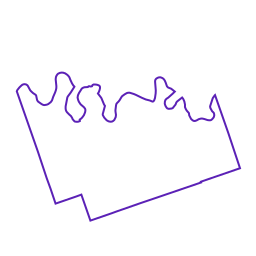 Bolivar, Mississippi, United States of America, rotated 71°
{"feature_id": "52423323B48999249202093", "entity_name": "Bolivar", "entity_type": "district", "adm_level": 2, "iso_a3": "USA", "parent_name": "United States of America", "parent_adm1": "Mississippi", "projection": "albers", "projection_center": [-91.039, 33.825], "detail": "fine", "context": "isolated", "style": "outline", "palette": "violet", "viewbox_px": 256, "rotation_deg": 71, "n_neighbors": 0, "source": "geoboundaries", "source_scale": "gbopen_adm2", "svg_char_len": 2847}
<svg xmlns="http://www.w3.org/2000/svg" viewBox="0 0 256 256"><g transform="rotate(71 128 128)"><path d="M203.3,76.6L202.5,76.6L202.5,35.2L166.0,34.8L125.2,35.0L125.4,35.4L127.1,37.8L127.7,38.4L134.2,43.3L135.0,43.5L136.1,43.6L139.5,43.0L141.5,42.0L142.9,42.0L144.3,42.4L145.3,43.1L145.9,43.6L147.1,45.6L147.5,46.8L147.5,47.5L147.1,48.8L146.4,50.2L144.5,52.7L143.4,54.4L143.0,55.4L142.8,56.3L142.7,58.3L143.1,60.3L143.2,61.8L143.1,62.6L142.7,63.5L141.8,64.4L140.0,65.4L136.0,66.0L134.1,65.6L133.6,65.6L130.7,66.8L128.7,67.2L126.7,67.3L124.5,66.5L121.3,66.1L119.7,66.2L118.2,66.4L116.8,66.9L118.9,72.9L119.6,74.0L121.3,75.4L123.7,79.2L123.8,80.4L123.2,83.1L122.8,83.8L122.2,84.5L121.3,84.9L119.7,85.3L118.0,85.4L116.9,85.3L115.0,84.5L113.7,83.5L112.9,82.1L112.4,80.1L110.1,74.6L108.8,71.9L104.9,74.4L103.3,76.3L102.5,77.1L101.1,77.6L97.4,77.6L95.1,77.8L94.0,78.1L93.0,78.5L92.0,79.2L90.7,80.7L90.4,81.5L90.2,82.4L90.2,83.6L90.5,85.1L91.0,86.0L91.7,86.7L93.0,87.3L101.5,89.5L104.3,90.6L108.4,92.7L110.3,94.2L111.0,95.2L111.1,95.9L110.9,96.4L109.1,98.4L106.8,101.9L104.1,104.9L99.2,109.8L97.7,111.5L95.2,114.9L94.7,116.3L94.6,117.8L95.1,120.3L96.0,123.2L96.7,124.2L98.9,126.8L99.9,128.3L100.7,130.0L101.4,131.1L102.6,131.9L107.1,134.1L108.5,134.5L111.7,135.1L113.7,136.1L115.9,138.3L116.5,139.7L116.7,140.8L116.5,142.1L116.0,143.2L115.3,144.3L113.7,145.7L110.4,147.1L107.6,147.6L106.7,147.4L99.6,142.6L97.9,143.0L91.3,143.4L90.4,143.6L85.6,145.2L84.5,143.9L82.8,142.5L81.4,141.6L80.1,141.1L79.1,141.2L78.7,141.3L77.7,142.3L77.1,143.1L76.5,144.2L75.7,146.2L75.8,147.3L76.1,147.9L76.7,148.3L76.8,148.6L76.6,149.8L75.8,151.2L75.8,151.9L76.2,152.6L75.3,155.9L75.3,157.2L75.5,158.3L75.8,159.0L79.0,163.0L80.8,164.7L82.9,165.8L85.5,166.0L87.2,165.9L90.2,165.1L94.0,162.9L95.8,162.3L97.0,162.4L98.0,162.8L99.2,163.5L101.5,165.5L102.9,167.5L103.5,168.5L104.0,169.7L104.3,170.9L105.0,171.0L105.8,171.3L105.8,173.2L105.5,174.3L104.7,176.0L104.1,176.5L101.6,177.5L100.5,177.5L98.2,178.0L96.1,179.2L93.1,180.6L91.7,180.9L90.6,180.9L89.1,180.6L87.2,179.9L79.5,175.5L78.7,174.8L75.9,170.7L71.5,165.2L71.1,165.3L70.2,165.8L67.6,166.4L63.9,166.8L61.1,166.9L59.9,167.2L58.1,168.0L55.9,169.6L54.6,171.3L54.0,172.7L53.7,174.5L53.9,176.4L54.3,177.3L55.2,178.5L56.3,179.5L58.3,180.5L65.1,182.1L67.0,182.8L68.8,183.9L70.6,185.3L74.2,188.6L77.2,190.9L78.5,192.8L78.8,193.9L79.4,195.5L79.5,197.1L79.2,199.1L79.0,199.9L78.5,200.7L77.4,201.8L73.8,204.4L72.4,204.8L71.5,204.8L67.5,204.3L66.9,204.4L66.2,204.8L64.1,206.4L61.7,207.7L60.4,208.2L55.6,209.0L54.9,209.2L53.7,210.1L53.1,211.1L53.0,211.3L52.7,212.3L52.7,213.8L53.4,215.6L54.3,217.5L56.1,220.3L57.1,221.2L121.2,220.9L149.0,221.2L160.3,221.0L175.9,221.1L175.9,212.2L175.9,199.0L175.8,193.8L203.3,193.7L203.3,170.7L203.2,166.0L203.1,140.7L203.2,119.1L203.3,76.6Z" fill="none" stroke="#5b21b6" stroke-width="2"/></g></svg>